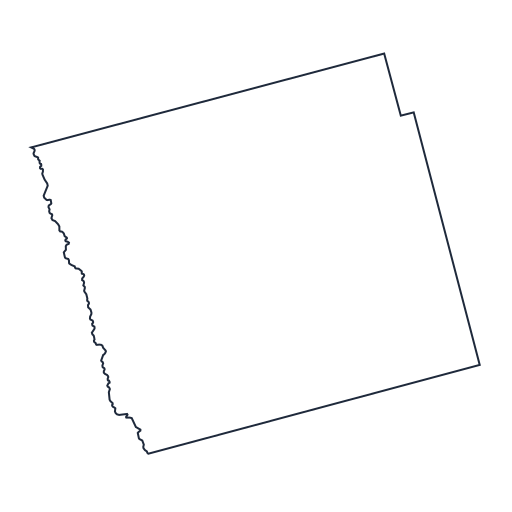 the district of Traill, North Dakota, United States of America, rotated 165°
{"feature_id": "52423323B89415908777335", "entity_name": "Traill", "entity_type": "district", "adm_level": 2, "iso_a3": "USA", "parent_name": "United States of America", "parent_adm1": "North Dakota", "projection": "natural_earth1", "projection_center": [-96.868, 47.455], "detail": "fine", "context": "isolated", "style": "outline", "palette": "slate", "viewbox_px": 512, "rotation_deg": 165, "n_neighbors": 0, "source": "geoboundaries", "source_scale": "gbopen_adm2", "svg_char_len": 2735}
<svg xmlns="http://www.w3.org/2000/svg" viewBox="0 0 512 512"><g transform="rotate(165 256 256)"><path d="M79.8,418.4L445.1,419.1L442.7,417.0L442.4,416.3L442.4,415.5L442.9,414.5L444.3,412.8L444.4,411.6L444.0,409.8L441.2,407.8L441.0,407.2L441.4,406.0L441.3,405.5L440.3,404.0L440.7,403.2L440.9,401.7L440.5,400.8L439.8,400.5L439.8,399.6L440.1,398.6L441.4,398.1L441.9,396.8L441.5,396.0L439.8,395.5L439.4,394.7L440.0,392.6L441.1,391.0L441.2,389.9L440.4,384.5L438.9,380.1L439.0,377.8L445.5,369.2L445.5,367.2L443.8,364.4L443.1,364.0L440.7,363.8L439.8,363.2L440.1,359.8L440.6,359.3L443.1,358.4L443.6,357.5L443.8,356.7L443.3,354.5L444.2,352.8L444.2,351.1L443.6,350.2L442.3,349.2L442.2,348.2L443.8,345.5L443.3,343.4L441.0,341.7L438.9,337.8L438.3,335.4L439.3,331.6L438.8,330.4L437.2,329.8L436.5,328.9L435.8,327.5L435.7,324.7L434.0,322.7L434.1,321.9L435.7,321.2L436.2,320.2L436.0,319.5L434.2,318.5L433.2,317.3L433.8,316.2L436.0,315.9L437.2,314.7L438.0,311.2L440.7,309.3L440.9,305.0L440.9,303.9L440.3,303.0L438.1,301.7L437.8,300.2L438.4,297.5L438.3,297.0L436.5,295.0L433.8,292.9L433.8,291.6L433.4,290.7L430.6,289.6L428.4,286.6L428.3,286.0L428.8,284.5L428.8,284.0L427.4,283.2L427.0,282.7L427.0,281.6L427.8,280.6L429.7,279.3L430.2,277.7L429.1,276.6L428.9,275.5L429.0,274.6L430.4,272.2L429.4,270.5L429.6,269.4L431.0,266.9L431.0,266.1L429.8,263.0L429.9,258.6L430.5,257.2L430.6,256.4L429.7,255.2L429.5,254.2L429.7,253.2L431.0,252.1L431.4,249.8L429.7,247.1L429.6,244.0L430.0,242.6L431.9,240.4L432.6,238.5L432.4,237.5L430.6,236.0L430.4,235.3L430.4,234.3L430.7,233.7L431.8,233.0L432.0,231.8L431.9,231.0L430.4,229.7L430.4,229.0L430.7,227.8L431.3,227.1L434.4,224.4L434.3,223.1L434.3,222.6L433.4,221.2L433.4,219.3L433.6,217.1L434.4,216.3L434.6,215.4L434.4,214.6L433.5,213.6L433.3,211.8L432.9,211.4L430.4,211.0L428.6,210.3L427.6,209.2L427.4,206.9L425.7,203.5L425.7,202.7L426.7,201.4L428.1,200.3L429.2,200.0L432.6,195.1L432.4,194.1L431.6,193.3L431.4,191.9L432.7,190.0L432.9,188.6L432.8,188.1L431.6,186.9L431.5,186.0L431.7,185.4L432.8,184.2L433.2,182.7L432.4,181.2L430.7,179.7L430.0,178.2L430.0,177.3L431.0,175.9L431.3,174.6L431.1,174.0L430.3,173.7L430.0,172.3L430.2,171.5L431.5,171.2L433.2,169.3L433.0,168.1L431.9,167.1L431.6,165.3L433.4,162.5L434.6,155.1L434.2,153.5L432.6,151.0L432.8,149.9L433.5,149.4L433.7,148.6L433.1,147.2L432.1,146.4L431.3,145.3L432.5,142.3L432.2,140.5L431.2,139.0L429.3,137.9L421.4,136.8L421.2,135.9L423.0,134.4L423.2,133.9L423.1,133.5L419.8,132.6L418.0,131.6L416.3,121.9L412.6,118.2L412.9,117.2L415.0,116.4L416.0,115.7L416.3,110.2L416.0,109.4L413.6,107.2L413.2,102.8L414.3,100.8L414.4,99.4L413.5,97.2L412.0,95.5L411.9,94.0L411.2,92.9L68.1,92.9L66.5,353.9L79.8,354.1L79.8,418.4Z" fill="none" stroke="#1e293b" stroke-width="2"/></g></svg>